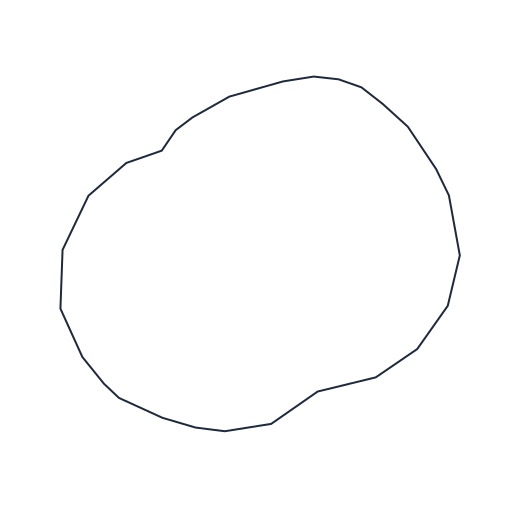 Baraka, Sud-Kivu, Democratic Republic of the Congo (Natural Earth projection), rotated 351°
{"feature_id": "63176286B52252759567832", "entity_name": "Baraka", "entity_type": "district", "adm_level": 2, "iso_a3": "COD", "parent_name": "Democratic Republic of the Congo", "parent_adm1": "Sud-Kivu", "projection": "natural_earth1", "projection_center": [29.091, -4.09], "detail": "fine", "context": "isolated", "style": "outline", "palette": "slate", "viewbox_px": 512, "rotation_deg": 351, "n_neighbors": 0, "source": "geoboundaries", "source_scale": "gbopen_adm2", "svg_char_len": 505}
<svg xmlns="http://www.w3.org/2000/svg" viewBox="0 0 512 512"><g transform="rotate(351 256 256)"><path d="M179.4,137.2L142.5,143.8L100.0,170.2L65.9,219.7L54.6,277.4L68.7,328.6L85.8,358.3L98.5,374.8L138.3,401.2L169.5,416.0L197.8,424.2L244.7,424.2L295.7,399.5L355.3,394.6L400.7,373.1L437.6,335.2L457.4,287.3L456.0,226.3L447.5,198.3L426.2,152.1L405.0,125.7L386.5,105.9L365.2,94.4L341.1,87.8L309.9,87.8L254.6,94.4L214.9,109.2L196.4,119.1L179.4,137.2Z" fill="none" stroke="#1e293b" stroke-width="2"/></g></svg>